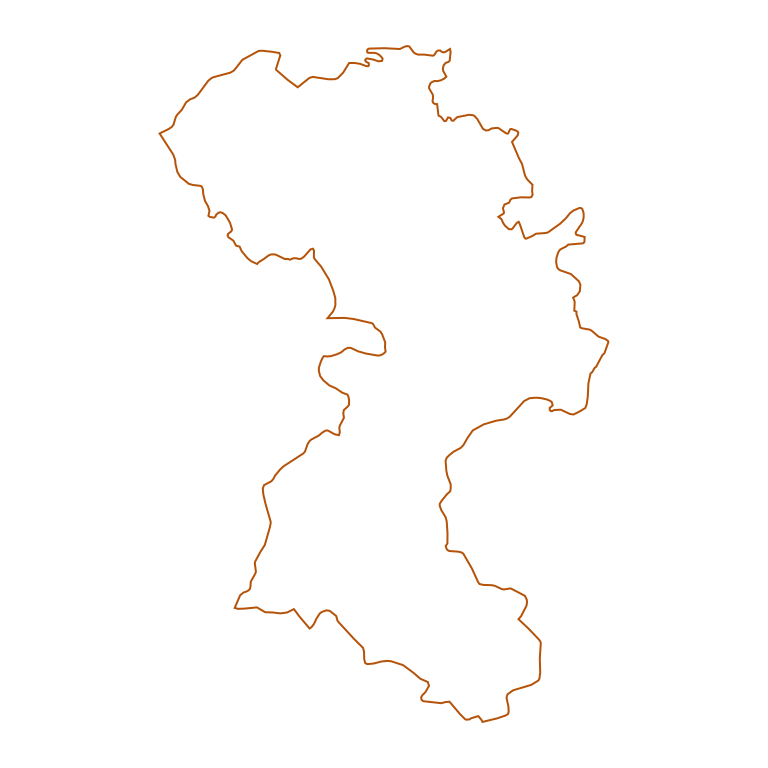 Nghia Hanh, Quảng Ngãi, Vietnam
{"feature_id": "81297802B973126409201", "entity_name": "Nghia Hanh", "entity_type": "district", "adm_level": 2, "iso_a3": "VNM", "parent_name": "Vietnam", "parent_adm1": "Quảng Ngãi", "projection": "orthographic", "projection_center": [108.781, 14.967], "detail": "fine", "context": "isolated", "style": "outline", "palette": "amber", "viewbox_px": 768, "rotation_deg": 0, "n_neighbors": 0, "source": "geoboundaries", "source_scale": "gbopen_adm2", "svg_char_len": 6042}
<svg xmlns="http://www.w3.org/2000/svg" viewBox="0 0 768 768"><path d="M508.7,711.8L508.4,706.4L506.5,697.6L507.5,694.3L513.3,690.2L531.2,684.9L538.3,680.6L539.4,678.7L540.2,672.8L539.8,658.5L540.8,643.0L540.1,641.1L539.0,639.6L528.3,628.4L518.5,619.2L521.2,616.0L526.5,605.7L527.0,602.4L526.8,599.8L524.9,595.8L510.7,588.4L504.1,589.4L502.1,589.2L494.8,585.8L491.8,585.2L483.2,584.9L479.5,584.0L478.1,582.1L471.8,568.3L463.2,553.5L461.1,552.3L458.5,551.7L449.2,551.0L447.6,550.1L446.5,548.8L445.7,546.0L447.4,543.5L447.5,533.3L446.7,521.3L445.6,517.2L441.3,510.1L439.7,505.7L439.8,503.7L441.9,500.4L447.0,494.2L450.2,491.3L450.7,488.5L450.7,484.3L447.4,475.8L446.3,470.5L445.6,460.5L446.9,457.5L449.4,455.1L453.4,451.8L460.7,447.9L463.4,445.1L467.6,437.8L472.8,430.4L483.9,424.3L496.1,420.7L503.9,419.5L506.5,418.7L509.7,416.8L524.2,401.0L529.6,398.2L536.1,397.7L541.0,398.1L547.0,399.5L550.6,401.1L551.8,402.2L552.6,404.8L552.6,405.5L549.8,407.8L549.7,409.9L550.8,411.1L552.1,411.1L554.3,410.0L560.8,409.7L569.7,413.9L573.5,414.5L579.4,411.6L585.3,408.0L586.7,404.3L587.8,396.3L588.4,383.4L590.5,373.5L592.3,372.0L594.6,367.9L596.1,366.9L602.3,355.2L604.5,353.1L608.4,342.1L608.0,340.9L605.3,339.0L598.5,336.6L592.3,331.2L590.0,329.7L581.6,328.2L580.2,327.4L578.7,320.9L576.5,314.4L576.5,311.6L574.3,310.7L574.7,301.6L573.1,297.6L577.1,295.2L579.8,291.4L580.4,284.9L579.0,281.4L571.0,274.1L560.2,270.3L558.3,269.0L557.0,267.0L556.1,261.7L556.6,257.3L558.2,252.4L559.9,249.8L561.1,249.0L566.1,246.5L568.3,244.6L582.5,243.4L583.6,243.0L584.5,241.6L584.6,236.9L576.4,234.8L575.7,233.3L575.9,232.1L581.8,223.4L582.9,220.9L583.6,217.8L583.7,215.1L583.5,212.6L582.3,209.0L580.9,208.0L579.7,207.9L573.6,210.4L570.0,213.2L565.7,218.5L560.0,223.8L548.1,232.3L545.9,233.0L536.1,233.7L532.1,236.1L526.1,238.7L525.3,238.5L524.2,237.1L520.1,224.9L518.7,221.8L516.9,222.8L512.5,228.6L511.3,229.3L508.8,229.1L505.0,225.7L503.1,222.9L501.5,219.2L498.4,216.8L503.7,213.5L504.0,212.5L502.9,208.2L504.5,204.5L509.1,202.7L510.4,199.8L512.1,198.4L521.1,197.3L529.9,197.5L531.5,196.9L532.6,194.6L532.1,191.1L532.5,184.8L527.1,179.3L525.0,175.5L522.0,163.9L519.0,158.3L512.0,141.9L517.7,135.4L518.3,132.8L517.7,131.6L516.1,130.6L511.5,129.0L510.2,129.2L508.2,133.4L507.5,133.7L505.6,133.0L498.5,128.1L496.8,127.9L491.8,128.4L488.3,130.3L485.7,130.4L483.0,128.9L477.2,118.9L474.3,115.8L472.9,115.2L469.1,114.8L457.3,117.1L453.2,120.8L451.7,120.5L450.3,118.0L448.1,117.4L446.0,120.9L445.1,121.2L444.2,121.0L441.1,116.9L438.5,115.6L437.1,104.1L435.0,104.0L433.3,103.0L432.5,101.0L433.1,98.1L432.8,94.7L429.2,88.5L429.0,86.8L430.6,83.0L431.8,82.2L434.3,81.0L437.5,81.1L440.6,80.4L443.9,78.8L446.4,76.7L443.3,71.1L442.8,69.1L443.5,65.7L444.5,64.2L445.7,62.9L448.6,61.8L449.7,60.7L450.6,52.0L450.0,49.0L445.2,52.0L443.3,52.4L441.6,51.8L440.2,50.5L438.0,50.5L436.6,51.4L434.1,55.1L433.0,55.7L424.1,54.6L418.2,54.6L416.0,53.9L413.9,52.7L409.2,46.4L407.2,46.1L404.8,46.6L399.9,49.0L384.4,48.2L369.2,48.6L368.1,49.0L367.1,50.2L367.3,52.4L368.6,52.9L374.6,52.9L376.7,53.4L379.6,55.1L382.1,57.8L382.6,58.9L382.0,60.9L378.4,61.3L373.1,59.5L366.8,58.4L365.5,59.4L365.2,60.5L366.2,61.8L368.8,63.2L368.8,65.6L368.1,66.2L366.2,66.1L360.0,63.8L354.5,63.0L349.1,63.0L343.2,72.6L337.7,78.2L334.7,79.2L328.7,79.3L312.7,76.9L309.4,77.9L297.7,87.3L287.6,79.8L276.1,69.8L276.0,68.9L280.3,55.4L279.2,53.0L272.1,51.8L261.8,50.7L258.5,51.0L242.4,59.8L234.1,70.4L230.5,72.6L213.8,77.1L211.8,77.9L208.3,80.7L197.6,95.1L194.4,97.7L190.0,99.4L186.1,102.3L181.8,109.8L177.4,114.5L175.8,117.0L173.5,124.6L171.9,126.8L168.9,128.9L159.6,133.5L173.2,154.5L175.2,160.0L175.4,163.6L177.4,172.1L180.3,176.9L188.8,183.8L192.9,185.0L200.8,185.9L202.0,187.1L202.9,189.4L203.3,194.3L205.0,200.9L208.0,206.2L209.5,210.8L208.4,215.8L210.1,217.0L214.0,217.6L215.5,216.5L215.9,215.1L218.1,213.0L220.1,212.2L222.7,213.0L225.7,215.4L230.0,222.7L232.1,229.7L231.1,231.5L228.1,233.8L227.6,235.2L228.3,237.1L233.4,240.7L236.0,245.6L239.6,246.6L241.7,251.2L247.5,258.2L251.2,261.2L257.1,264.0L258.8,262.1L263.4,259.3L268.5,255.5L271.2,254.4L274.7,254.4L276.3,254.9L284.8,259.0L287.9,258.9L289.8,259.7L293.3,258.3L295.9,258.2L299.2,259.0L301.4,258.6L304.1,256.6L310.5,249.4L312.9,248.7L314.0,250.5L313.9,257.5L314.9,259.3L321.2,266.7L328.9,279.3L333.3,290.9L335.3,298.1L335.4,304.9L334.6,308.0L333.0,311.5L327.5,318.2L344.8,317.9L353.6,319.0L372.0,323.2L373.1,324.1L375.0,327.6L380.4,331.6L382.1,334.2L385.2,342.3L385.0,347.4L385.6,351.3L385.1,352.3L383.3,353.8L380.7,355.2L377.9,355.6L365.7,353.5L358.0,351.3L350.8,347.9L347.8,347.9L344.7,349.4L341.2,352.3L337.1,354.2L331.1,356.1L327.1,356.5L324.0,356.1L322.8,357.5L321.1,361.0L319.0,367.2L318.8,370.7L320.1,376.0L323.2,380.2L329.3,385.4L335.8,388.3L342.3,392.7L347.5,394.6L348.5,397.0L349.1,400.0L349.0,404.8L348.0,406.3L343.8,410.1L343.3,413.0L343.9,417.9L339.8,425.7L339.3,427.8L339.8,432.4L338.9,435.2L334.5,434.2L328.2,430.7L326.9,430.4L325.2,430.8L322.1,432.7L318.9,435.5L311.2,439.6L309.7,440.9L307.7,443.9L305.0,451.5L303.4,453.4L283.7,466.2L280.3,469.3L274.9,475.8L273.4,478.9L271.4,481.2L264.0,485.2L262.8,488.5L263.3,494.2L265.5,503.8L270.6,521.4L270.7,523.1L269.8,527.5L264.8,545.0L260.2,552.2L255.1,561.7L254.8,563.4L255.9,571.6L255.3,573.6L250.8,581.6L250.4,586.9L249.7,589.3L247.5,591.1L243.4,592.6L240.2,595.2L234.7,607.9L237.8,608.8L243.4,608.7L256.9,607.4L265.2,612.2L273.0,612.5L280.2,613.4L287.1,612.5L293.9,609.1L299.9,617.1L309.6,628.5L311.5,627.2L314.0,623.9L316.4,618.7L319.7,613.6L321.7,612.0L326.5,610.3L329.8,610.9L336.3,616.1L337.4,620.5L338.9,622.5L354.1,639.0L363.0,647.8L364.0,651.5L364.2,659.0L365.2,663.0L366.9,664.0L368.7,664.0L373.8,663.5L381.4,661.5L387.6,660.9L391.3,661.3L403.0,665.1L413.6,672.9L420.4,678.8L427.8,682.0L429.0,685.8L425.4,692.2L422.4,695.1L421.1,697.5L421.7,700.0L423.3,701.2L441.4,703.2L445.2,702.1L449.5,701.7L460.0,714.1L464.9,719.0L466.1,719.7L469.5,719.4L471.0,718.3L478.3,716.1L481.5,719.9L482.5,721.9L497.4,718.3L505.8,715.4L508.0,714.0L508.7,711.8Z" fill="none" stroke="#b45309" stroke-width="2"/></svg>